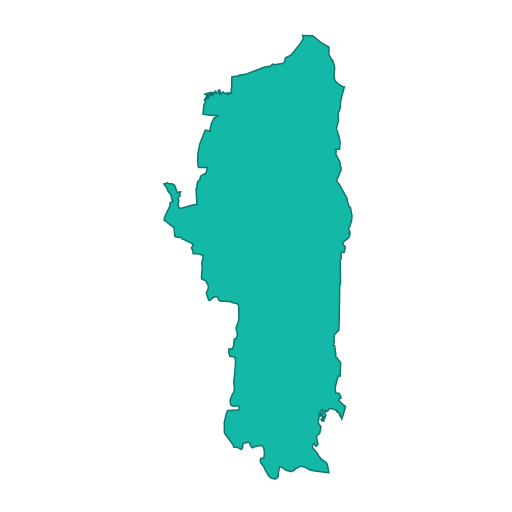 As-Suqaylabiyah, Hamah, Syria, rotated 182°
{"feature_id": "27442178B45767266881892", "entity_name": "As-Suqaylabiyah", "entity_type": "district", "adm_level": 2, "iso_a3": "SYR", "parent_name": "Syria", "parent_adm1": "Hamah", "projection": "equal_earth", "projection_center": [36.361, 35.476], "detail": "fine", "context": "isolated", "style": "filled", "palette": "teal", "viewbox_px": 512, "rotation_deg": 182, "n_neighbors": 0, "source": "geoboundaries", "source_scale": "gbopen_adm2", "svg_char_len": 6017}
<svg xmlns="http://www.w3.org/2000/svg" viewBox="0 0 512 512"><g transform="rotate(182 256 256)"><path d="M271.8,64.3L267.5,64.1L264.3,62.1L263.2,63.0L262.6,64.5L262.8,66.2L262.2,68.2L260.8,68.8L256.9,69.5L255.3,68.3L255.2,67.1L254.5,65.5L252.9,64.1L251.5,65.0L248.0,66.1L243.7,66.9L242.4,65.7L241.6,64.2L240.7,59.8L241.0,54.5L244.3,53.8L244.7,51.5L243.7,48.9L240.9,45.8L239.8,43.3L235.9,36.9L233.3,34.7L230.3,33.9L228.5,33.9L226.6,35.4L226.0,37.5L226.0,40.4L225.2,45.8L223.7,46.2L220.7,44.5L218.5,42.7L217.1,42.6L213.3,41.7L212.1,42.5L211.2,42.7L210.2,43.2L209.3,44.8L206.9,45.8L204.7,47.5L199.6,46.7L194.8,44.1L191.6,43.4L175.6,41.9L177.3,49.8L178.7,52.1L183.9,55.4L185.3,57.3L187.2,59.3L187.3,60.3L192.7,66.4L193.0,68.5L191.7,70.6L189.4,67.9L188.7,68.3L187.4,70.1L188.5,73.6L188.5,74.2L188.9,74.8L188.8,76.1L189.3,77.8L189.0,78.7L188.1,79.2L187.8,79.2L187.4,79.9L186.1,81.2L185.1,87.6L188.1,91.5L187.2,98.3L187.3,100.5L185.5,103.8L184.1,104.8L183.5,103.8L183.9,103.1L184.2,101.5L184.9,101.0L185.1,100.3L185.4,100.2L185.4,100.3L185.8,100.7L186.1,100.6L185.9,99.5L186.3,99.4L186.1,98.4L185.8,98.3L185.1,99.0L184.2,98.8L184.3,98.4L184.1,97.7L183.7,96.7L183.2,95.7L183.4,95.3L184.2,95.1L184.6,95.5L185.3,95.0L183.9,93.2L182.5,93.3L182.4,94.4L183.4,97.6L182.4,97.6L182.1,96.1L181.7,96.2L181.4,97.3L181.1,97.8L180.6,99.2L180.7,99.7L181.6,100.6L181.8,101.8L181.3,103.7L180.9,104.0L180.5,103.9L180.5,103.5L180.1,103.3L179.9,103.0L178.4,104.2L177.8,106.0L174.8,106.0L169.6,104.4L169.7,104.2L169.5,103.9L169.7,103.2L169.5,102.8L168.9,102.7L168.7,102.5L168.1,102.5L167.3,101.2L166.4,100.4L166.8,99.7L164.6,96.6L164.5,96.3L161.4,107.6L161.4,108.9L164.3,110.9L168.2,114.5L168.0,115.7L167.1,116.4L166.2,116.7L166.3,118.6L167.4,120.1L167.9,121.1L167.9,121.3L168.1,121.4L168.3,121.7L171.6,121.8L172.3,127.4L170.5,135.7L169.4,139.0L167.6,139.0L167.7,152.4L172.8,158.4L172.9,161.2L174.3,169.1L175.8,169.2L175.4,170.9L174.7,172.3L175.1,175.6L174.9,180.1L170.6,184.6L170.6,195.0L171.3,229.2L170.6,231.4L171.5,252.5L171.9,255.3L170.7,256.4L171.2,262.7L168.0,262.6L167.2,266.2L167.2,268.6L168.6,269.6L169.5,271.0L169.6,272.6L163.7,277.7L162.8,281.3L163.9,281.9L162.8,283.2L164.0,285.3L164.2,287.5L163.4,288.7L161.9,293.9L161.5,296.9L161.5,300.0L162.2,302.3L162.8,305.2L163.0,306.9L163.4,307.9L164.5,308.3L165.6,311.0L166.8,314.9L167.0,316.8L175.5,330.8L178.2,334.0L174.0,344.8L174.1,347.4L175.1,350.5L175.5,353.3L178.9,358.8L179.5,360.4L180.1,361.4L179.4,362.8L179.5,363.6L180.4,365.1L176.2,365.7L175.9,372.7L177.3,378.6L180.2,386.5L178.3,393.7L178.9,401.2L176.9,406.9L176.9,413.2L175.8,418.7L173.6,428.2L175.6,428.4L179.5,430.6L182.4,433.2L184.0,436.1L184.4,439.8L183.9,446.4L184.8,450.2L186.4,454.5L187.7,455.8L189.7,459.1L190.4,460.9L190.3,462.7L190.3,467.2L198.7,471.7L207.0,478.1L217.2,478.0L216.2,475.4L219.2,469.6L228.1,457.9L233.6,455.1L234.1,451.0L235.8,449.5L244.4,447.7L244.5,447.9L246.2,448.4L248.2,446.1L253.4,445.4L272.9,437.2L276.8,436.5L279.1,436.3L279.2,435.5L286.4,434.2L286.2,422.4L286.6,422.1L286.5,421.7L286.6,421.0L286.3,420.0L286.4,419.8L286.4,419.3L286.5,419.3L286.1,418.0L286.4,417.5L287.1,418.3L287.4,418.2L288.5,416.8L288.8,416.6L289.3,418.1L289.5,418.2L290.1,416.9L290.2,416.7L290.4,416.7L291.0,417.8L291.4,417.8L292.5,417.2L294.0,418.1L294.7,418.8L295.3,418.7L296.0,417.4L297.1,415.9L297.4,415.9L297.6,416.1L297.5,418.8L297.6,419.3L297.9,420.2L298.2,420.6L299.7,420.1L299.0,419.0L299.0,417.6L300.8,417.6L302.2,419.4L302.7,419.3L303.1,417.5L304.4,415.2L304.9,416.3L304.4,417.3L304.5,417.8L306.7,418.0L307.0,417.5L306.0,416.2L306.2,415.1L306.9,415.0L307.6,415.6L307.2,417.4L307.4,417.5L310.0,417.0L309.6,416.6L308.6,414.3L308.7,412.6L309.3,411.8L310.2,411.4L310.5,411.5L309.9,414.2L309.8,414.7L310.9,416.1L311.6,416.3L312.6,416.3L312.6,415.6L310.8,415.3L310.6,414.9L312.0,411.5L312.8,411.2L313.0,409.6L311.8,409.0L312.3,407.3L313.3,405.5L314.0,395.9L307.5,395.1L302.9,395.0L298.9,394.6L301.2,393.1L302.1,392.3L302.9,392.4L303.2,391.8L303.7,390.0L305.1,387.4L306.3,381.3L306.4,380.5L305.9,379.0L311.1,380.1L316.2,365.7L317.7,355.8L317.6,354.8L317.7,353.2L317.6,348.7L317.5,347.6L317.4,347.2L317.0,343.8L316.4,342.5L310.2,342.6L307.9,342.8L307.9,341.5L308.2,340.1L308.4,338.8L309.1,337.2L309.9,336.0L310.3,336.2L311.4,335.7L313.7,334.2L314.3,333.2L314.5,332.4L314.5,330.7L315.8,329.5L317.0,328.0L317.2,326.3L317.5,324.9L317.6,323.5L317.3,321.8L318.3,321.1L316.8,305.5L321.2,304.7L332.3,301.1L334.2,301.3L335.1,302.7L335.7,305.0L335.1,307.5L335.2,309.1L336.0,311.1L335.4,312.1L334.3,313.0L333.9,314.0L334.7,314.8L333.5,317.4L334.5,317.4L337.1,316.8L338.4,320.5L339.1,322.1L339.6,323.7L340.9,324.5L342.3,325.2L345.2,325.2L346.5,325.6L347.3,326.1L348.1,325.8L348.9,325.2L350.6,324.8L347.3,320.6L346.8,319.1L346.1,317.5L343.5,314.7L342.4,311.7L342.6,310.6L342.0,309.8L341.3,309.1L340.9,308.2L341.2,307.4L342.2,307.0L342.5,307.3L343.1,305.9L343.7,306.0L343.7,304.1L344.1,302.3L348.1,293.2L349.2,289.6L348.8,288.0L347.5,288.0L345.4,286.0L341.4,283.1L339.0,281.6L338.4,277.4L338.0,273.1L336.9,272.4L335.3,272.0L333.9,272.1L331.9,271.9L331.1,271.2L330.8,270.7L328.2,269.8L324.5,268.0L323.2,267.6L322.4,267.3L319.4,265.6L319.6,264.3L320.7,262.1L320.6,261.1L320.0,260.6L320.0,260.2L319.4,259.3L318.9,256.0L316.2,256.3L313.8,256.2L311.1,255.3L309.8,255.1L308.7,254.8L308.9,253.0L310.0,246.1L309.3,243.5L309.8,232.1L309.0,230.7L305.4,229.7L302.5,224.3L302.6,221.9L304.3,217.5L303.2,213.9L301.8,210.2L300.5,210.1L296.1,213.8L293.0,213.8L291.4,210.3L290.2,209.7L280.3,209.5L278.0,208.6L273.4,207.8L271.8,206.1L271.4,203.7L271.2,198.3L271.0,191.0L272.6,186.2L273.4,183.2L272.1,178.5L271.9,175.2L273.3,173.0L274.7,172.2L275.1,169.7L275.3,165.3L276.5,162.4L279.9,162.1L279.8,158.7L278.7,154.9L275.4,154.5L273.6,154.0L272.7,150.1L273.1,139.0L273.8,130.3L273.6,127.0L272.9,122.4L273.4,119.2L275.0,116.6L276.7,111.3L276.8,109.4L275.8,105.9L273.4,105.1L269.5,105.7L267.7,105.1L267.3,103.0L268.0,101.5L278.9,100.6L279.9,98.5L281.9,88.8L281.4,78.0L271.9,65.9L271.8,64.3Z" fill="#14b8a6" stroke="#0f766e" stroke-width="1.5"/></g></svg>